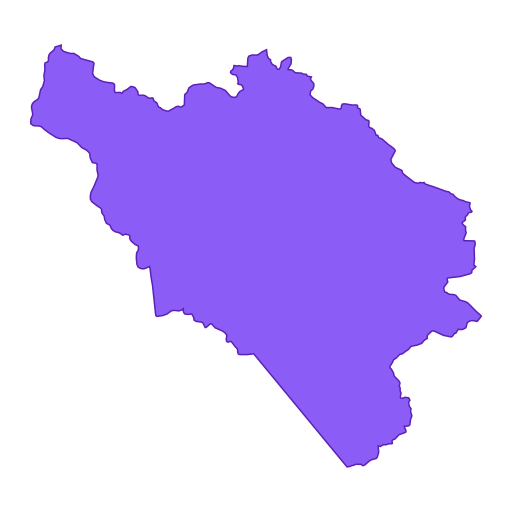 the district of Minh Hoa, Quảng Bình, Vietnam
{"feature_id": "81297802B57556187754980", "entity_name": "Minh Hoa", "entity_type": "district", "adm_level": 2, "iso_a3": "VNM", "parent_name": "Vietnam", "parent_adm1": "Quảng Bình", "projection": "mercator", "projection_center": [105.906, 17.733], "detail": "fine", "context": "isolated", "style": "filled", "palette": "violet", "viewbox_px": 512, "rotation_deg": 0, "n_neighbors": 0, "source": "geoboundaries", "source_scale": "gbopen_adm2", "svg_char_len": 5914}
<svg xmlns="http://www.w3.org/2000/svg" viewBox="0 0 512 512"><path d="M475.8,266.7L473.8,264.9L474.5,259.1L474.1,247.7L474.8,246.2L475.2,244.2L474.9,241.6L474.6,241.0L473.7,240.9L464.2,240.7L463.6,240.1L464.4,237.2L466.1,233.1L466.1,232.1L465.6,230.9L465.6,226.6L463.4,225.0L462.2,223.3L462.2,222.5L465.4,220.1L465.3,217.3L465.7,216.5L467.4,215.0L468.4,213.0L469.0,212.6L471.4,212.2L472.0,211.5L470.6,209.8L469.6,206.9L469.5,205.1L470.1,203.9L469.9,202.7L465.9,201.8L463.0,200.5L460.4,199.9L458.0,199.0L454.8,196.5L453.0,194.3L451.2,193.9L448.9,191.9L445.9,191.3L434.2,187.0L425.4,184.1L424.0,182.4L423.4,182.8L422.4,182.9L420.1,182.4L418.1,183.3L414.3,182.4L404.2,174.6L402.5,173.0L402.1,170.8L401.7,170.3L395.4,167.4L391.7,163.0L390.8,159.5L395.2,151.0L394.9,149.7L392.6,147.5L388.7,144.8L382.0,139.0L378.8,137.7L377.7,135.3L376.1,135.3L374.4,130.4L372.0,128.4L369.7,127.6L369.2,127.1L368.7,125.6L369.1,122.4L368.7,120.6L365.9,119.7L360.8,115.2L360.2,109.4L359.6,108.6L357.8,108.1L357.5,107.3L357.7,105.9L357.3,105.3L356.5,105.0L352.1,105.0L344.9,103.8L342.3,104.1L341.5,105.8L341.1,108.3L340.4,109.0L338.0,108.8L332.0,107.5L326.2,107.6L322.8,103.8L320.0,102.5L312.6,97.6L310.0,94.7L310.9,90.4L312.6,89.5L313.8,86.5L313.9,84.3L313.6,83.4L311.8,81.3L310.4,79.1L311.4,76.9L307.5,76.2L306.3,74.3L303.3,74.1L301.5,73.1L295.6,72.8L294.2,71.9L292.6,70.3L291.2,69.8L288.3,69.6L288.0,69.3L288.4,68.2L291.0,64.0L291.4,60.1L291.1,58.2L290.7,57.4L288.5,57.4L287.7,57.7L281.7,61.6L281.3,62.7L280.6,67.0L279.0,69.2L278.0,69.4L277.3,69.2L275.9,66.2L272.4,64.5L270.6,61.7L270.6,59.9L268.3,58.1L267.2,55.3L266.5,49.7L262.2,51.8L258.2,54.6L256.8,55.1L252.1,55.0L248.9,56.1L247.9,58.0L247.3,66.5L242.6,66.3L239.0,65.7L236.9,66.0L234.0,65.5L233.7,67.6L232.8,69.4L231.9,70.4L231.2,70.7L230.6,71.8L230.5,72.6L231.9,74.0L233.2,74.6L235.8,74.9L237.5,77.3L238.3,82.6L237.7,83.7L238.7,84.4L241.1,84.7L242.3,86.0L243.5,88.6L243.5,89.4L239.6,91.7L238.0,93.8L236.9,96.2L236.0,97.0L234.4,97.4L231.5,96.9L229.8,95.6L225.4,90.5L220.9,88.3L216.2,87.4L209.4,82.8L207.6,82.7L204.3,84.0L200.4,84.0L193.9,84.9L192.3,85.5L188.9,87.9L187.0,92.7L185.2,94.0L184.7,94.9L184.3,105.0L181.1,107.1L180.5,107.2L178.7,106.3L176.3,106.6L174.0,108.1L168.3,111.2L165.9,110.8L162.5,109.6L160.2,107.6L158.4,106.9L157.1,103.4L156.2,102.3L154.1,101.1L153.0,98.1L152.1,97.9L149.0,98.3L145.1,95.7L143.5,95.2L138.9,95.2L138.3,94.9L138.1,94.6L137.9,91.9L135.3,87.9L134.3,87.2L131.0,86.4L126.9,89.5L123.3,91.3L122.2,93.2L121.7,93.4L120.5,92.5L119.8,92.4L116.4,92.6L114.8,92.2L114.4,90.1L114.6,85.0L114.2,84.1L113.5,83.4L112.4,83.0L105.8,82.2L102.7,81.4L99.6,80.2L95.0,77.3L93.8,76.1L92.6,73.6L93.6,65.5L94.1,63.9L93.8,62.9L92.9,61.9L80.6,58.5L78.7,56.3L73.8,53.4L71.2,53.5L68.9,53.1L64.5,51.7L63.0,50.9L61.0,48.7L61.2,45.1L55.1,47.0L54.0,49.9L50.2,53.1L49.0,54.9L48.5,56.9L48.3,61.0L47.5,62.0L45.2,62.8L44.7,64.2L44.9,70.1L43.9,75.5L44.4,80.7L42.7,86.7L40.6,89.6L38.9,97.6L37.9,99.1L33.8,102.0L32.5,103.6L31.7,105.5L31.5,107.6L32.7,113.9L32.6,115.2L31.0,118.7L30.7,122.1L30.9,123.9L33.5,125.7L39.2,126.0L41.3,126.7L44.7,129.7L48.4,132.5L56.0,137.4L59.1,138.4L61.4,138.7L67.7,138.4L77.1,142.7L81.8,147.6L86.5,150.1L88.5,152.0L89.8,153.7L89.9,156.0L90.5,158.6L92.4,162.6L95.7,163.2L97.1,164.1L97.0,170.1L98.1,175.2L97.9,176.8L93.9,186.5L91.0,192.3L90.3,196.1L90.4,199.1L91.8,201.7L97.2,205.9L100.6,208.1L101.4,209.0L101.8,212.7L104.2,216.2L104.7,219.5L106.4,223.3L110.0,225.2L111.3,228.4L112.6,230.1L115.3,231.8L118.6,232.6L120.8,233.7L122.4,235.0L122.9,235.2L125.1,234.2L128.5,234.8L129.9,236.0L129.7,238.3L130.3,239.8L131.4,241.3L135.1,244.5L138.1,245.9L138.4,247.1L138.4,249.2L138.2,250.4L136.9,252.3L136.5,253.7L136.3,258.3L136.9,264.3L138.1,267.0L139.6,268.0L141.8,268.8L144.0,268.8L147.7,267.4L149.4,266.4L150.0,268.2L151.3,278.6L152.5,285.3L155.7,315.1L156.2,315.9L156.9,316.4L162.6,315.6L167.0,314.0L171.6,310.7L174.6,310.4L178.9,310.9L181.8,310.0L183.2,308.8L183.4,311.7L184.0,313.0L184.9,314.0L186.5,314.3L188.6,314.4L191.4,314.0L191.8,314.2L193.5,317.0L194.1,320.2L196.3,321.4L201.3,322.1L202.7,322.7L203.7,324.3L205.1,327.5L205.8,327.5L207.3,326.5L209.8,324.2L211.5,323.7L215.1,327.8L222.4,331.0L225.1,332.9L226.8,335.2L226.2,339.7L226.5,341.0L227.2,341.9L228.4,342.1L229.4,341.5L231.4,341.7L235.5,347.1L237.4,348.8L237.7,352.1L238.2,353.9L239.3,354.5L241.1,354.6L247.0,354.6L253.7,353.8L347.0,466.9L350.0,466.5L351.4,465.7L353.6,465.3L355.7,464.3L360.9,464.3L362.7,465.6L363.4,465.6L364.9,464.9L369.2,461.1L371.2,459.9L376.4,458.4L377.3,457.0L378.5,453.1L378.7,451.9L378.2,445.9L380.3,446.5L383.9,444.5L385.4,444.9L388.8,443.8L391.9,443.7L392.4,443.3L392.0,440.7L392.2,440.2L395.1,438.9L398.9,434.8L405.6,432.3L406.0,431.5L405.8,430.1L404.2,426.6L404.3,426.2L405.9,426.3L408.8,425.8L409.9,424.7L410.6,419.2L411.7,416.5L411.8,415.5L410.6,411.6L411.0,408.7L409.4,406.4L408.7,403.5L408.9,401.7L409.9,400.3L408.9,398.1L408.5,397.8L405.2,397.3L402.1,398.3L400.7,398.1L400.4,397.5L400.4,396.0L401.0,393.7L400.8,392.4L400.1,390.9L400.2,388.4L399.3,385.7L399.9,383.6L399.9,382.6L398.5,380.4L394.3,376.3L393.4,372.7L391.4,369.2L389.9,367.6L389.9,366.5L392.7,362.0L393.2,360.4L393.7,359.7L396.2,358.1L399.9,354.2L402.0,354.0L408.8,349.1L410.9,346.5L411.9,346.1L417.2,345.1L421.6,343.4L424.6,340.0L427.2,338.5L427.3,337.8L427.2,336.0L427.7,334.9L431.9,331.1L433.0,330.8L434.7,331.3L443.5,335.4L451.0,336.9L451.9,336.7L452.5,336.2L454.4,333.5L455.8,333.2L458.2,329.3L461.0,329.6L462.8,329.3L465.2,328.2L466.1,327.3L467.1,323.1L468.2,321.8L471.1,320.6L473.7,320.7L476.9,321.4L477.4,321.2L481.3,316.3L480.8,315.4L475.5,310.7L468.1,303.2L465.6,301.7L460.4,300.2L459.3,299.5L455.8,295.3L453.9,294.6L449.6,294.3L447.8,293.5L446.9,292.6L444.7,291.9L444.0,289.8L443.8,288.1L444.2,286.7L447.8,282.0L447.1,279.2L447.5,278.2L448.4,277.9L460.3,276.5L470.0,273.8L471.3,273.1L471.8,272.4L471.9,270.7L472.2,270.0L475.8,266.7Z" fill="#8b5cf6" stroke="#5b21b6" stroke-width="1.5"/></svg>